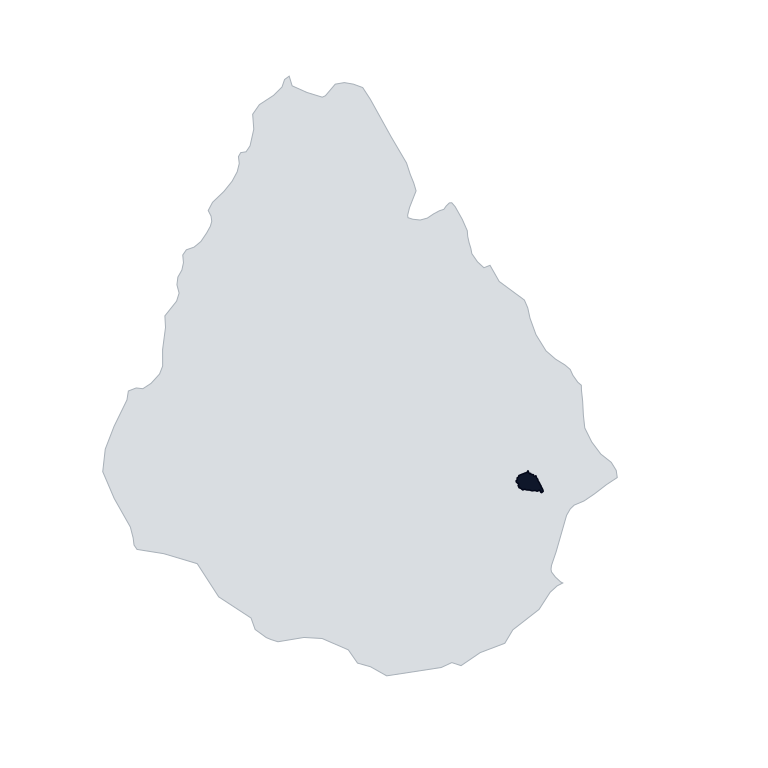 Vergara, Treinta y Tres, Uruguay (highlighted), rotated 16°
{"feature_id": "84410073B11484829939635", "entity_name": "Vergara", "entity_type": "district", "adm_level": 2, "iso_a3": "URY", "parent_name": "Uruguay", "parent_adm1": "Treinta y Tres", "projection": "natural_earth1", "projection_center": [-54.003, -32.979], "detail": "fine", "context": "in_parent", "style": "filled", "palette": "ink", "viewbox_px": 768, "rotation_deg": 16, "n_neighbors": 0, "source": "geoboundaries", "source_scale": "gbopen_adm2", "svg_char_len": 3028}
<svg xmlns="http://www.w3.org/2000/svg" viewBox="0 0 768 768"><g transform="rotate(16 384 384)"><path d="M610.7,526.0L606.1,530.3L601.1,538.4L595.2,557.9L575.6,584.8L571.6,599.9L550.5,615.7L535.7,633.5L526.0,633.1L517.2,640.7L467.0,663.8L448.9,659.5L435.5,659.6L423.0,649.4L394.7,645.7L376.9,649.7L353.1,661.0L345.9,660.8L340.7,660.2L327.8,655.5L320.7,645.6L283.8,634.2L254.0,608.2L219.0,607.8L192.2,611.1L188.1,607.7L185.3,601.1L179.6,591.4L156.3,568.5L137.8,545.8L134.0,523.4L136.2,499.0L141.3,470.2L140.2,461.2L146.9,456.1L153.5,455.0L159.9,447.6L165.5,436.3L166.3,427.8L161.7,412.0L158.4,389.9L154.6,378.9L161.8,361.5L162.0,353.1L157.6,345.7L156.4,338.0L158.3,330.2L157.8,322.7L155.0,315.5L157.0,309.5L163.7,304.8L168.7,297.5L171.9,287.7L173.6,280.3L173.6,275.1L171.5,270.3L167.2,265.7L169.1,256.6L177.0,243.1L182.1,231.0L184.4,220.5L184.1,212.0L181.4,205.5L182.5,201.1L187.4,198.8L189.6,192.0L188.6,175.0L183.4,160.9L187.2,149.8L198.3,137.0L204.1,126.6L204.5,118.7L208.0,114.2L213.5,122.7L229.5,125.0L245.6,125.3L248.2,123.1L254.5,109.2L262.8,105.2L271.9,104.2L281.8,104.9L292.4,114.1L322.6,144.3L344.7,165.3L351.4,175.2L357.2,182.6L361.6,189.5L359.9,207.4L360.2,215.3L361.2,217.5L366.2,217.7L373.6,216.4L379.9,212.6L384.7,206.9L389.5,202.2L393.4,199.6L394.7,195.8L396.9,191.9L399.2,191.1L403.6,194.0L413.9,204.2L421.8,213.7L423.8,219.1L426.9,224.8L430.1,229.7L432.5,234.5L440.2,240.8L448.0,244.7L453.2,240.7L466.5,253.7L495.8,264.6L501.2,271.2L506.2,280.5L516.5,294.7L530.6,307.5L542.0,312.8L552.9,315.9L559.0,318.7L563.2,323.6L569.8,328.9L574.0,330.8L575.5,335.5L579.7,345.8L584.2,358.9L589.1,370.9L599.7,382.5L611.7,391.6L624.1,396.7L631.0,403.0L634.0,409.6L625.6,419.4L616.6,431.6L608.5,441.3L600.2,448.0L597.5,452.7L595.7,459.9L595.7,498.0L595.0,512.2L595.6,516.0L596.8,518.5L601.9,522.3L608.2,525.5L610.7,526.0Z" fill="#d9dde1" stroke="#a8b0b8" stroke-width="1"/><path d="M565.1,445.0L565.2,444.6L565.8,444.6L566.6,443.3L566.4,442.8L565.7,441.7L564.8,440.7L563.3,439.3L563.2,438.8L561.5,437.3L561.1,436.6L560.1,435.8L559.5,435.1L559.0,434.8L558.4,434.1L558.1,433.2L556.9,432.5L556.3,431.8L555.9,431.3L555.5,430.5L555.2,430.4L554.7,430.9L553.9,431.3L553.5,431.2L552.7,430.1L552.2,430.0L551.5,430.2L550.9,430.4L550.4,430.3L549.9,429.7L549.6,429.5L549.2,429.8L548.9,430.1L548.3,429.7L547.7,429.3L547.3,429.2L547.0,428.6L546.9,428.1L546.5,427.8L546.3,427.8L546.3,428.1L546.2,428.8L545.6,429.5L544.7,430.4L543.6,431.0L542.7,431.9L541.8,432.4L540.6,433.4L538.9,434.8L538.9,436.0L538.6,436.8L537.9,437.5L537.9,437.9L538.3,438.6L538.3,439.7L537.7,440.5L538.0,441.6L539.2,442.3L540.1,442.7L540.7,442.6L541.0,443.0L541.1,443.6L540.9,444.4L541.0,444.9L541.3,445.1L541.9,445.4L542.0,446.0L542.5,446.5L544.0,446.6L544.8,446.8L545.5,447.2L546.7,447.6L547.8,446.7L548.5,446.3L549.3,446.5L550.6,446.5L553.2,445.8L554.7,445.9L555.8,445.9L558.7,444.7L560.2,444.9L561.1,444.7L561.9,444.0L562.2,443.5L562.9,443.3L563.3,443.3L563.4,443.6L563.9,444.2L564.5,444.8L565.1,445.0Z" fill="#0f172a" stroke="#020617" stroke-width="1.5"/></g></svg>